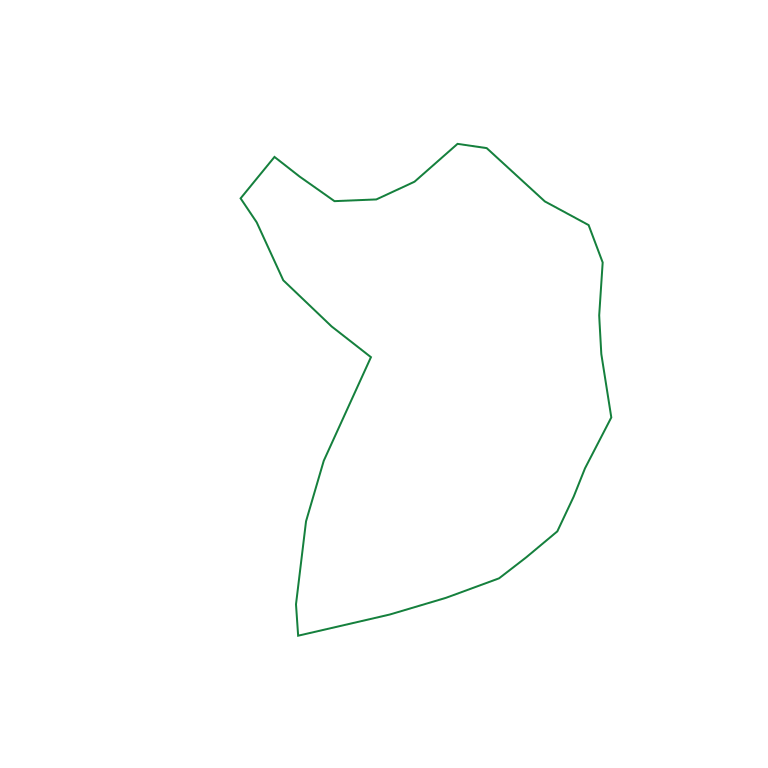 the district of Haeundae-gu, Busan, South Korea, rotated 218°
{"feature_id": "91817680B8006777837161", "entity_name": "Haeundae-gu", "entity_type": "district", "adm_level": 2, "iso_a3": "KOR", "parent_name": "South Korea", "parent_adm1": "Busan", "projection": "robinson", "projection_center": [129.155, 35.197], "detail": "fine", "context": "isolated", "style": "outline", "palette": "green", "viewbox_px": 768, "rotation_deg": 218, "n_neighbors": 0, "source": "geoboundaries", "source_scale": "gbopen_adm2", "svg_char_len": 562}
<svg xmlns="http://www.w3.org/2000/svg" viewBox="0 0 768 768"><g transform="rotate(218 384 384)"><path d="M296.7,132.8L237.6,205.8L203.5,253.7L173.7,301.7L165.2,335.0L164.6,337.8L156.7,374.6L165.2,412.1L173.7,441.3L182.5,488.1L184.3,497.6L231.2,541.4L252.2,565.4L256.7,570.6L286.5,614.4L320.6,635.2L369.6,626.9L448.3,633.1L473.9,618.5L484.5,562.2L503.7,524.7L535.6,497.6L578.2,495.5L610.1,495.5L611.3,442.0L583.8,433.0L527.2,403.7L460.7,397.1L410.8,397.1L384.2,286.4L360.9,227.8L317.7,156.2L296.7,132.8Z" fill="none" stroke="#15803d" stroke-width="2"/></g></svg>